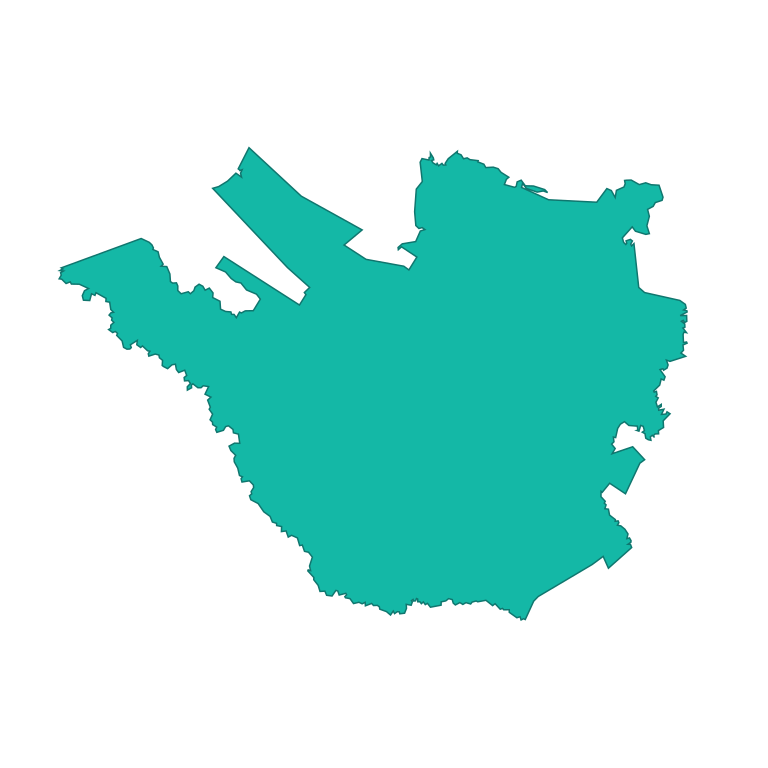 the district of Acatlán de Pérez Figueroa, Oaxaca, Mexico, rotated 173°
{"feature_id": "50627088B62934424626213", "entity_name": "Acatlán de Pérez Figueroa", "entity_type": "district", "adm_level": 2, "iso_a3": "MEX", "parent_name": "Mexico", "parent_adm1": "Oaxaca", "projection": "albers", "projection_center": [-96.481, 18.451], "detail": "fine", "context": "isolated", "style": "filled", "palette": "teal", "viewbox_px": 768, "rotation_deg": 173, "n_neighbors": 0, "source": "geoboundaries", "source_scale": "gbopen_adm2", "svg_char_len": 6125}
<svg xmlns="http://www.w3.org/2000/svg" viewBox="0 0 768 768"><g transform="rotate(173 384 384)"><path d="M690.2,538.6L688.7,537.4L692.0,536.1L688.4,535.2L691.4,533.9L691.1,531.3L693.6,528.0L691.1,527.3L687.3,522.5L683.0,523.6L682.1,521.3L674.3,520.2L665.6,514.8L669.9,513.1L672.7,508.4L672.1,503.8L665.9,502.7L663.3,509.2L660.1,507.2L658.7,509.7L649.4,502.9L650.0,499.8L646.3,498.6L646.1,491.2L643.7,488.1L646.4,487.9L648.5,485.9L645.8,482.7L646.6,480.6L644.6,478.1L648.0,475.7L648.5,472.5L650.7,471.6L647.0,468.1L644.3,468.9L642.3,466.7L643.4,464.8L638.7,458.7L638.0,452.1L634.9,449.9L632.0,449.7L630.4,450.9L631.0,453.8L623.5,457.4L624.6,453.1L621.1,449.9L619.1,451.2L614.6,445.8L612.4,445.0L614.3,442.7L614.0,440.3L607.4,441.6L603.9,440.2L603.7,437.4L600.9,434.5L601.9,429.4L600.7,428.2L596.9,425.6L592.1,428.9L588.6,429.1L588.3,423.7L586.4,420.4L580.1,422.0L578.8,416.5L581.6,414.8L581.6,411.4L577.6,411.2L576.1,408.1L579.6,405.2L579.9,401.9L575.4,403.7L575.3,406.4L573.7,407.5L569.2,403.0L566.1,402.6L563.6,404.3L558.4,402.8L562.9,395.7L557.4,392.1L561.0,389.5L559.2,382.1L560.6,380.3L557.8,375.0L561.0,369.7L558.9,367.1L559.0,364.6L555.3,361.6L556.7,359.3L555.8,356.4L549.0,357.6L546.4,361.0L543.5,361.5L539.4,357.3L539.4,353.9L534.6,352.0L534.4,342.7L539.6,343.5L545.4,341.2L544.1,336.6L539.9,331.3L541.9,328.5L542.1,325.0L539.4,318.3L538.6,310.8L535.8,309.1L537.4,307.4L536.9,304.0L529.4,304.3L526.0,299.8L526.0,297.1L529.0,293.4L528.7,291.0L531.1,289.5L530.3,285.4L523.5,280.7L518.9,271.8L513.2,266.5L511.6,260.6L507.6,258.8L507.8,256.6L503.0,255.0L503.8,250.0L499.1,250.1L497.7,243.7L494.2,245.1L488.7,241.8L487.4,233.9L484.7,234.1L483.3,227.6L479.4,226.2L476.2,220.9L480.1,212.4L479.6,207.7L481.9,208.7L482.4,207.8L477.2,200.5L477.6,198.3L473.9,192.2L472.8,185.9L467.9,185.6L466.7,181.3L461.4,179.9L456.9,185.0L455.1,184.2L454.2,180.0L447.4,180.9L446.8,179.3L448.8,177.7L448.3,176.5L443.9,175.1L441.0,169.8L435.5,170.4L432.5,168.5L429.3,169.6L429.5,166.1L423.0,167.7L421.4,165.4L417.6,165.1L415.8,163.5L415.6,161.0L409.3,157.8L405.7,153.9L402.5,157.5L401.5,154.8L398.5,156.4L396.6,156.0L396.3,154.0L391.5,154.0L389.0,158.6L388.8,162.6L384.0,161.1L382.4,164.3L383.2,165.6L381.4,166.6L381.0,165.0L379.1,164.9L377.9,167.1L376.8,166.5L377.0,163.7L374.9,163.5L373.7,161.4L371.5,162.9L369.9,160.0L367.6,161.0L365.1,156.8L354.3,157.5L353.8,160.8L349.1,161.2L346.0,163.1L342.5,161.7L342.0,158.1L340.1,156.0L335.3,157.8L332.6,155.6L329.3,157.0L324.8,155.1L323.1,156.8L319.0,157.4L317.5,156.4L309.2,156.9L303.2,150.8L300.5,152.4L296.1,146.3L293.7,146.8L292.7,145.3L287.2,144.7L287.5,142.1L280.6,135.8L277.3,136.4L276.7,133.1L274.1,134.0L272.5,133.0L261.9,150.2L256.8,154.3L199.3,179.5L187.5,186.2L183.7,173.8L158.1,191.5L158.9,194.7L161.4,195.2L158.2,196.9L157.9,198.4L159.1,201.3L161.8,200.9L160.1,205.4L162.6,210.5L166.2,214.3L169.5,215.4L167.8,217.7L168.3,219.6L171.3,219.6L170.9,221.2L176.1,226.4L176.5,232.4L180.0,233.3L178.3,237.0L179.9,238.9L178.7,240.6L182.4,245.7L181.6,251.0L180.6,249.9L172.1,258.0L157.7,245.6L139.7,274.2L134.5,277.1L144.8,291.4L166.1,287.0L162.4,291.8L165.4,296.6L162.8,298.6L162.8,303.4L160.6,302.6L157.5,311.4L154.3,315.3L149.9,317.3L146.0,313.0L137.7,311.3L137.7,307.2L138.7,307.1L136.7,306.1L134.3,311.6L131.9,310.4L131.2,306.0L133.5,304.7L131.0,302.9L130.8,298.3L128.5,296.5L125.9,295.6L126.1,299.1L124.0,300.4L122.0,298.0L123.0,299.8L121.0,301.4L117.5,301.1L117.3,304.3L111.8,306.8L111.4,313.4L103.7,319.6L106.5,321.9L107.8,319.8L112.3,320.0L109.2,324.9L114.5,324.5L114.4,326.5L111.6,327.9L111.3,330.0L115.4,328.0L116.3,332.8L113.5,336.8L115.8,338.6L114.3,340.0L114.5,343.5L116.8,343.0L117.2,344.2L110.5,349.3L108.3,355.2L105.7,353.7L104.1,356.9L108.3,364.7L105.3,365.1L104.8,363.6L101.1,365.3L99.7,368.3L100.8,373.3L97.4,371.6L81.2,374.7L85.5,378.5L82.6,381.0L82.5,386.3L78.2,387.6L78.6,388.8L81.7,388.7L81.1,396.7L80.0,398.9L77.5,398.1L80.5,403.1L78.4,403.7L78.2,406.9L81.2,410.0L79.2,410.7L78.1,408.4L75.8,409.3L75.3,415.1L81.7,415.8L74.4,418.5L74.4,419.7L77.6,421.0L74.8,422.5L75.2,426.3L80.2,430.9L114.2,443.0L119.4,448.8L118.8,492.9L121.4,490.9L122.1,492.8L120.0,495.7L121.8,497.5L126.3,496.6L125.9,494.1L127.0,493.0L128.9,495.3L129.6,500.0L118.5,509.7L115.8,505.0L105.9,500.6L102.3,500.9L103.8,509.0L100.2,518.1L101.1,525.2L95.2,527.5L92.6,531.0L85.6,532.4L84.3,535.4L86.8,547.8L94.5,549.2L99.7,551.8L106.3,550.8L113.8,556.3L118.4,556.7L120.4,556.7L120.2,553.4L121.8,550.3L129.7,547.9L131.8,540.9L134.8,548.3L139.0,550.8L150.7,538.5L198.2,546.8L223.5,562.3L222.0,566.3L218.9,560.8L208.6,555.8L202.4,556.2L198.3,554.1L200.8,557.4L211.5,562.3L219.6,563.5L223.0,569.6L227.2,568.4L228.7,564.0L230.4,563.3L240.2,567.3L237.6,572.2L234.9,574.0L242.0,579.8L244.5,583.8L249.1,585.9L256.6,586.4L258.1,590.0L263.8,593.0L263.3,594.2L271.3,596.2L273.9,598.3L277.6,597.9L279.6,602.1L283.2,604.1L282.8,606.0L292.8,599.8L296.4,595.5L296.0,593.9L298.5,594.0L299.6,595.9L303.2,593.9L304.4,596.5L305.4,595.2L308.3,597.4L309.7,600.0L307.3,600.4L307.5,602.5L309.8,607.5L310.2,603.6L311.6,603.3L312.1,600.8L318.8,603.1L321.1,599.7L321.3,580.3L328.2,573.5L332.6,551.3L333.1,537.4L330.4,534.1L327.1,534.6L324.6,532.3L329.3,531.4L335.2,521.5L348.8,520.9L353.4,517.8L353.4,515.6L349.9,518.0L335.9,506.0L345.4,494.2L350.0,498.5L386.6,509.9L406.7,526.8L386.9,539.6L443.2,580.5L489.2,635.0L502.5,615.3L500.9,613.7L501.7,613.3L498.7,614.0L500.7,610.7L500.2,606.7L505.3,611.3L514.6,604.4L524.0,600.1L530.2,599.1L465.6,511.3L446.0,488.9L451.9,484.5L450.6,482.2L458.3,472.7L527.4,530.0L536.7,519.9L527.6,514.5L522.8,507.3L518.6,503.4L513.7,501.7L509.0,494.1L499.6,488.7L496.4,483.3L504.8,472.7L512.8,473.5L516.9,471.9L518.6,473.0L522.5,467.8L524.3,471.3L526.8,471.7L527.2,474.2L532.4,475.3L537.1,478.2L536.7,486.1L543.5,490.7L542.6,495.2L545.7,500.5L550.1,498.9L551.9,503.1L555.4,505.6L559.7,503.2L561.4,499.7L565.2,497.2L567.0,499.4L574.4,498.3L577.3,501.9L576.7,506.4L577.7,509.7L581.5,509.9L583.5,511.7L583.1,519.3L585.3,527.0L590.9,528.1L588.6,529.9L591.5,537.2L592.1,542.7L597.0,545.7L596.3,547.2L597.4,550.4L599.7,553.2L607.3,558.0L690.2,538.6Z" fill="#14b8a6" stroke="#0f766e" stroke-width="1.5"/></g></svg>